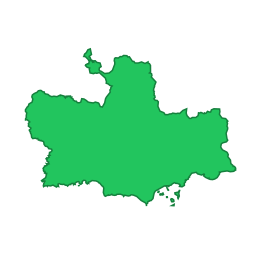 outline of Bone, Sulawesi Selatan, Indonesia, rotated 80°
{"feature_id": "22746128B25468135680533", "entity_name": "Bone", "entity_type": "district", "adm_level": 2, "iso_a3": "IDN", "parent_name": "Indonesia", "parent_adm1": "Sulawesi Selatan", "projection": "albers", "projection_center": [120.181, -4.68], "detail": "fine", "context": "isolated", "style": "filled", "palette": "green", "viewbox_px": 256, "rotation_deg": 80, "n_neighbors": 0, "source": "geoboundaries", "source_scale": "gbopen_adm2", "svg_char_len": 5854}
<svg xmlns="http://www.w3.org/2000/svg" viewBox="0 0 256 256"><g transform="rotate(80 128 128)"><path d="M43.5,151.4L44.0,153.9L46.6,156.0L47.6,157.8L48.8,158.6L49.3,158.4L49.9,159.0L50.3,157.6L53.4,155.4L55.7,154.6L57.9,155.6L57.7,156.6L58.4,158.7L59.1,159.1L61.1,157.7L62.3,155.3L63.3,155.9L67.2,155.8L68.5,152.5L68.1,150.8L68.7,149.3L68.5,146.6L75.0,141.6L78.7,141.2L80.1,141.7L81.3,139.7L82.9,138.5L83.9,136.4L85.1,137.8L86.7,138.3L87.4,139.2L89.7,139.3L93.7,143.8L95.2,145.0L99.2,146.6L102.9,149.6L102.1,151.6L98.7,152.4L98.1,152.9L96.8,155.7L97.3,157.9L96.0,161.8L95.1,163.3L94.0,163.9L91.8,166.3L91.1,168.5L94.3,170.0L94.7,171.7L94.2,173.5L92.6,174.3L92.4,175.5L90.9,177.1L89.9,177.0L88.7,178.5L87.9,178.0L87.8,178.8L86.7,179.0L87.1,179.7L86.4,180.0L86.1,182.2L86.6,182.0L86.8,182.8L86.1,183.7L87.5,184.4L86.5,185.2L85.5,185.3L84.1,188.2L84.3,188.8L83.8,189.0L84.8,192.5L83.8,195.5L83.9,197.6L82.7,199.6L81.0,201.0L80.1,203.4L79.3,204.2L78.0,204.2L77.5,205.7L76.0,207.0L75.7,207.9L75.8,209.9L77.0,211.3L77.8,214.4L78.9,216.5L80.7,217.3L83.0,216.7L85.9,218.0L87.1,221.3L89.5,222.7L89.7,223.5L92.2,225.8L93.8,226.1L95.5,225.1L98.6,226.2L99.8,226.2L101.2,227.3L102.3,227.5L102.3,225.9L105.0,223.7L106.1,225.3L107.6,225.3L108.8,225.8L111.2,223.6L112.0,224.0L112.9,225.6L113.9,225.4L114.7,224.7L115.7,225.0L117.6,224.4L120.4,224.5L121.9,223.6L121.9,221.1L122.8,219.7L122.6,218.7L124.3,218.4L124.5,217.1L125.3,216.7L125.3,215.4L125.9,215.1L126.3,214.0L127.2,213.4L129.6,213.5L131.6,212.5L132.3,210.7L133.7,209.8L134.5,209.8L135.6,206.9L137.1,206.7L138.6,208.8L138.4,209.5L140.4,210.2L141.3,209.6L141.4,211.3L143.0,210.7L143.7,212.2L143.2,213.0L144.1,214.1L145.1,213.2L146.4,213.6L147.7,212.1L148.4,212.5L149.4,212.1L149.2,213.3L149.8,213.1L149.9,213.5L149.3,214.4L150.1,214.1L150.8,214.4L150.9,216.6L151.4,216.5L152.2,217.9L153.3,218.7L153.9,218.3L155.4,218.7L156.4,218.2L156.3,217.4L157.3,217.1L157.9,217.9L158.7,217.0L158.7,216.0L162.6,217.7L164.8,222.3L166.0,221.7L165.5,219.8L165.9,219.0L167.7,220.4L170.1,221.4L171.1,221.3L170.6,220.1L170.9,217.5L171.3,217.4L170.8,217.0L171.6,214.2L171.2,211.8L173.5,209.0L173.1,208.9L173.4,207.8L173.1,207.4L173.6,206.5L171.2,206.7L170.8,205.5L171.7,204.1L172.3,202.0L172.2,200.9L173.4,199.7L173.8,198.1L174.7,197.6L173.4,195.5L173.8,194.2L173.0,193.7L172.8,192.7L173.1,191.7L174.1,191.6L173.6,191.2L174.1,191.0L174.4,189.8L173.4,190.0L172.3,188.1L172.1,186.2L172.7,185.5L174.1,185.6L175.2,184.1L174.3,182.5L173.3,182.7L172.5,182.0L171.8,180.5L172.4,179.0L173.3,178.6L174.6,179.0L176.0,177.9L175.3,177.3L175.8,176.3L174.4,176.2L174.4,174.7L173.5,172.6L174.6,168.6L176.0,166.7L177.1,166.1L177.2,165.5L180.7,163.5L181.1,162.8L183.0,162.3L187.3,163.5L190.4,163.0L191.3,162.2L190.5,158.8L191.0,158.6L190.9,156.7L190.4,155.4L191.2,155.1L192.0,152.9L192.0,151.3L191.4,150.6L191.8,147.1L193.2,144.6L194.6,144.2L193.6,142.9L195.0,139.5L195.0,137.8L194.3,136.5L195.0,134.4L196.9,131.3L201.7,127.6L204.5,124.1L205.6,123.3L208.1,123.3L206.0,123.0L205.6,121.8L204.0,121.2L203.7,119.5L203.3,119.4L203.5,117.9L201.9,115.7L196.7,113.6L194.8,112.0L191.4,102.3L191.5,100.9L191.8,101.0L192.0,99.8L193.5,100.1L196.3,99.3L196.5,98.7L196.2,99.0L196.1,98.2L196.1,99.0L193.6,100.0L191.7,99.6L191.9,98.2L193.4,97.9L191.9,98.2L191.7,95.3L190.7,94.1L189.9,91.7L190.8,90.6L191.1,89.1L192.3,87.0L192.8,87.1L193.4,86.4L194.5,87.4L195.3,85.0L194.3,82.4L192.2,82.2L191.3,80.9L189.2,80.6L189.0,80.2L189.7,79.7L188.9,78.7L188.8,77.5L187.6,77.1L186.9,76.5L187.0,76.0L186.3,75.9L183.6,73.1L183.5,68.5L185.2,67.5L187.1,63.7L186.5,61.2L187.0,60.9L188.3,61.8L190.1,60.2L192.0,57.5L191.5,57.0L192.3,56.9L192.8,56.2L193.5,53.7L193.3,51.4L192.3,48.8L189.2,45.9L187.4,45.6L187.9,45.1L187.3,43.8L187.5,37.8L188.8,34.9L189.0,32.4L189.0,31.4L188.0,29.2L187.2,29.7L186.6,29.0L185.7,29.1L184.3,29.9L184.1,31.1L183.2,31.1L180.9,32.9L177.4,32.7L173.5,34.7L171.7,33.9L169.8,34.4L168.9,34.9L165.9,38.8L162.9,40.0L159.9,38.9L159.1,37.5L158.7,33.4L157.3,31.9L155.8,32.4L150.2,32.3L146.2,30.0L144.5,29.8L143.5,30.3L140.8,29.2L139.3,29.6L138.6,28.5L135.7,30.2L134.6,33.6L132.6,34.7L130.3,35.6L128.0,34.7L125.2,34.5L124.0,40.1L124.6,42.7L126.6,43.8L126.6,44.7L125.4,46.8L127.0,48.6L127.0,49.7L126.5,50.0L127.1,50.7L125.3,53.5L125.7,54.9L125.3,55.9L128.0,56.8L129.4,59.3L128.8,62.9L129.5,64.3L129.2,65.8L126.0,67.8L123.4,68.1L119.3,66.9L120.2,70.8L122.7,74.7L122.1,76.2L122.2,78.2L121.1,81.4L121.6,82.7L121.4,84.8L121.8,86.2L121.3,89.1L119.2,90.0L116.9,93.6L111.8,94.8L107.5,93.6L105.9,94.6L105.5,96.3L103.7,97.5L102.5,96.0L100.7,96.1L100.2,96.7L98.7,96.2L96.7,96.2L96.4,95.8L95.6,96.4L93.4,95.7L91.8,94.6L91.2,94.7L87.6,92.5L81.8,96.2L80.4,95.3L78.5,95.4L77.5,97.3L76.8,96.1L70.3,95.0L68.4,95.7L67.5,97.0L66.4,96.8L67.4,100.0L65.3,103.2L65.8,106.5L65.2,109.8L63.4,110.7L63.2,112.0L58.1,114.3L58.0,115.9L56.6,116.5L55.8,119.7L56.7,121.7L56.3,123.3L57.4,125.3L56.7,128.0L57.1,129.1L59.5,129.9L60.8,129.6L62.9,130.0L68.6,133.4L70.6,137.0L70.3,141.6L67.4,144.7L67.0,145.7L65.7,146.4L63.7,145.7L62.9,143.8L59.2,144.2L57.9,147.4L56.1,148.6L55.9,150.2L57.1,150.3L56.7,150.8L57.1,151.3L56.0,151.8L55.3,151.5L54.8,152.0L55.0,152.8L54.4,152.8L54.7,153.3L53.8,153.3L53.6,152.8L51.9,153.1L51.2,154.0L50.6,153.7L49.3,151.2L43.5,151.4ZM201.1,89.3L198.5,88.0L198.4,88.3L199.8,89.4L200.0,93.1L201.4,93.1L202.9,91.3L204.4,90.5L205.3,91.2L206.3,90.9L203.9,89.3L201.1,89.3ZM205.9,98.3L208.2,97.8L208.5,96.6L208.3,95.6L206.9,95.4L205.5,96.5L205.1,97.7L205.9,98.3ZM199.6,108.0L199.7,106.4L198.9,106.3L198.4,107.7L199.2,108.2L199.6,108.0ZM212.0,98.3L212.5,96.2L211.2,95.8L212.0,98.3ZM198.3,105.5L199.9,105.3L199.7,104.6L198.1,104.9L198.3,105.5ZM196.5,109.7L196.7,109.3L196.2,108.4L195.7,108.4L195.6,109.2L196.5,109.7ZM203.1,102.0L203.2,101.3L202.5,101.3L202.4,101.9L203.1,102.0ZM176.2,186.7L176.7,186.9L176.2,186.3L176.2,186.7Z" fill="#22c55e" stroke="#15803d" stroke-width="1.5"/></g></svg>